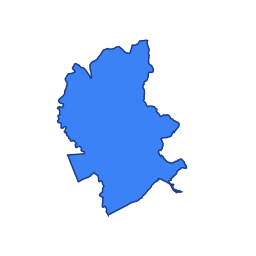 Vulcan, Brasov, Romania (orthographic projection), rotated 134°
{"feature_id": "2599482B91896780036190", "entity_name": "Vulcan", "entity_type": "district", "adm_level": 2, "iso_a3": "ROU", "parent_name": "Romania", "parent_adm1": "Brasov", "projection": "orthographic", "projection_center": [25.394, 45.633], "detail": "fine", "context": "isolated", "style": "filled", "palette": "blue", "viewbox_px": 256, "rotation_deg": 134, "n_neighbors": 0, "source": "geoboundaries", "source_scale": "gbopen_adm2", "svg_char_len": 5799}
<svg xmlns="http://www.w3.org/2000/svg" viewBox="0 0 256 256"><g transform="rotate(134 128 128)"><path d="M118.7,210.8L123.4,209.7L124.0,208.1L123.6,207.5L124.3,205.0L127.5,206.2L130.5,208.5L133.0,208.2L135.3,207.5L136.1,207.4L137.1,206.0L137.1,205.5L137.6,204.4L137.5,203.6L137.9,203.1L139.2,201.8L141.2,201.0L142.2,200.0L143.3,199.8L144.0,199.5L145.2,199.3L145.9,198.8L146.9,197.6L148.1,197.2L150.9,197.0L154.2,197.4L155.4,197.4L156.0,197.2L156.9,196.5L157.2,195.1L157.2,194.4L156.9,193.7L156.2,192.8L155.8,191.7L155.9,191.0L156.1,190.7L156.3,190.5L156.6,190.5L156.9,189.8L158.7,189.5L159.2,189.8L159.8,191.4L160.7,192.4L161.5,192.8L162.3,192.6L162.9,192.2L162.8,191.7L162.3,191.2L162.1,190.7L162.8,189.9L163.3,188.8L164.8,187.5L165.4,186.5L166.0,186.2L167.5,187.0L167.7,186.9L168.6,185.8L169.2,184.4L169.5,184.0L170.0,183.7L171.6,183.6L172.1,183.3L172.5,182.8L172.5,182.1L172.4,181.7L171.5,180.6L171.1,179.9L171.1,179.6L172.8,177.6L173.8,176.8L174.4,176.1L174.4,175.8L173.4,174.9L173.0,174.7L171.4,174.8L170.6,174.0L170.5,173.2L170.7,172.7L171.1,172.4L171.6,172.4L173.3,171.6L174.6,171.4L175.1,171.0L175.2,170.5L175.1,169.9L174.9,169.6L174.4,169.5L174.0,169.2L173.9,168.8L175.7,167.4L175.9,166.4L175.5,165.3L175.7,164.7L176.4,163.8L176.5,163.1L176.1,162.1L177.0,161.0L177.0,159.9L176.7,159.4L176.1,159.0L175.1,159.0L174.7,158.5L174.9,157.3L174.7,155.5L174.8,154.8L175.0,154.3L175.4,154.2L176.4,154.5L176.7,154.3L177.2,153.3L177.9,152.9L178.1,152.3L178.1,151.7L177.3,151.2L175.5,150.9L174.6,149.1L174.5,148.5L174.6,148.0L174.8,147.6L176.3,146.6L176.7,145.9L176.7,145.2L176.5,144.7L175.7,143.3L175.6,142.9L176.1,142.1L176.4,141.8L176.8,141.7L178.0,142.5L189.4,152.7L201.2,126.4L195.5,124.5L189.9,121.9L183.7,121.6L183.8,119.5L183.3,117.5L183.4,116.0L185.0,113.9L186.4,112.5L186.6,111.4L186.3,111.2L185.6,111.2L184.9,110.9L184.6,109.3L184.8,108.7L185.5,108.2L185.9,107.3L186.3,105.7L186.6,105.0L189.1,104.3L191.9,101.8L194.3,102.3L195.6,102.3L196.1,101.8L196.3,100.6L195.3,97.6L196.1,97.3L198.2,95.1L201.6,92.7L202.5,91.3L202.3,90.9L201.9,90.7L200.5,90.3L200.3,89.8L201.2,86.9L201.9,86.3L203.0,85.8L203.6,84.9L203.9,83.3L204.4,81.6L203.9,81.9L201.1,80.6L200.8,80.7L183.1,74.7L179.7,73.9L173.3,70.3L171.0,70.4L168.9,69.5L166.6,70.2L163.5,69.9L157.8,70.5L156.4,70.3L153.9,70.5L153.5,71.1L148.6,71.0L146.1,70.3L145.8,70.5L145.5,70.2L144.0,70.0L143.4,71.1L143.1,70.8L142.7,70.2L142.3,69.4L141.7,68.7L141.4,66.6L140.9,65.4L140.0,62.7L139.8,61.9L139.8,61.2L139.3,60.2L139.4,57.7L139.6,57.1L139.5,56.6L139.8,56.4L140.2,55.2L140.5,55.0L140.4,54.1L141.0,53.0L141.1,52.2L141.2,51.2L140.7,49.7L140.7,49.4L140.9,49.0L140.9,48.4L140.8,48.2L140.2,48.5L139.9,48.4L139.5,47.5L138.9,47.1L137.6,45.6L136.8,45.2L137.1,45.9L137.0,46.8L137.6,47.2L139.1,49.4L139.0,50.6L139.1,50.9L139.8,51.1L140.1,51.3L140.1,51.7L140.3,51.9L140.0,52.5L139.7,54.0L139.0,55.3L138.6,55.5L137.4,55.7L136.9,55.9L137.2,56.6L137.8,56.6L137.9,57.2L138.5,57.5L138.5,58.7L138.6,59.1L138.6,60.5L138.3,61.2L137.6,61.8L135.6,60.7L134.9,61.6L134.9,61.9L131.3,61.6L127.6,61.4L126.8,61.6L125.4,62.4L124.6,62.3L123.1,62.5L122.1,62.1L120.1,61.8L119.6,62.0L118.2,60.6L117.7,59.4L116.2,58.2L114.9,59.7L114.3,62.6L113.8,63.2L113.4,64.3L113.4,64.9L113.4,66.1L113.2,67.7L113.3,68.1L113.7,68.5L114.6,69.0L115.0,68.8L115.4,69.0L115.9,69.5L116.4,69.8L117.3,69.3L117.5,69.7L118.4,70.1L119.1,70.7L120.8,71.1L123.4,72.2L123.4,72.9L124.4,74.7L124.7,75.9L125.0,76.5L125.0,77.9L125.1,78.5L125.0,78.9L124.8,80.5L125.0,80.7L125.0,81.5L124.4,82.4L124.2,82.9L124.6,84.3L124.5,85.0L125.8,85.0L124.5,88.5L124.5,88.9L122.8,90.1L121.7,89.6L121.4,88.8L119.4,89.0L117.9,90.0L116.3,90.6L115.1,91.8L114.7,92.2L114.0,94.1L113.6,94.5L113.6,95.4L113.3,95.9L113.1,96.6L112.9,96.8L112.0,96.4L111.6,96.4L109.9,95.3L108.7,93.9L107.5,93.2L107.0,93.2L105.3,91.9L103.7,91.4L102.9,91.6L102.2,92.1L101.5,92.3L100.3,92.3L98.8,92.8L98.5,92.6L98.9,92.1L98.9,91.7L98.1,92.0L96.5,92.2L95.7,92.1L93.8,92.4L92.8,92.4L91.2,92.7L90.6,93.1L89.2,94.6L89.3,94.8L89.3,95.5L89.8,96.9L90.4,99.4L90.9,100.2L90.9,100.9L90.6,102.0L91.1,102.7L91.2,103.1L91.5,104.2L90.7,105.8L90.6,107.6L90.7,108.1L91.7,109.4L92.8,109.8L93.1,110.0L93.5,111.2L93.9,111.6L94.4,111.8L95.6,111.8L96.1,112.0L97.1,112.8L97.0,113.4L96.5,115.0L96.3,116.5L96.6,118.0L96.4,119.3L95.3,119.4L94.7,119.9L94.4,120.5L94.8,122.0L94.7,122.8L94.4,123.8L95.0,124.8L95.3,125.0L95.6,126.1L97.9,128.2L98.8,128.9L99.0,130.2L98.2,131.7L97.7,133.3L97.5,136.1L97.2,136.3L96.3,136.3L95.5,136.7L94.7,137.8L91.2,140.7L90.2,141.7L89.1,143.2L88.7,144.7L87.9,146.1L87.3,146.6L86.2,146.9L85.3,146.8L84.6,147.7L83.9,148.1L82.7,148.2L81.1,147.5L79.9,147.8L76.4,149.5L75.3,150.6L73.6,151.7L73.4,151.6L72.3,150.5L71.6,149.5L71.2,149.3L70.1,149.2L69.6,149.3L68.7,150.0L68.3,150.2L68.0,150.7L67.4,152.8L66.7,154.2L67.1,156.0L67.1,156.5L67.3,156.8L67.3,157.3L67.0,157.8L67.1,158.1L66.7,158.5L66.5,158.9L65.8,159.2L65.4,159.8L64.7,160.5L62.9,161.7L62.3,162.5L61.0,163.2L60.6,164.4L60.1,165.1L59.2,165.8L58.7,165.9L57.5,166.9L57.3,166.9L56.8,167.4L56.9,167.5L56.0,168.8L54.7,171.7L52.7,174.1L51.9,174.6L51.6,174.7L51.7,174.8L52.0,175.7L52.3,176.0L52.8,176.3L54.3,177.4L56.7,179.6L57.4,180.1L60.0,179.4L60.3,179.2L60.6,179.3L62.0,180.0L63.2,180.1L63.4,180.4L64.7,181.8L65.7,182.5L66.3,181.9L66.9,181.7L67.9,181.0L71.1,179.4L72.8,178.8L73.2,178.9L74.5,180.1L74.5,180.6L75.3,181.9L75.6,183.8L75.3,186.2L75.7,191.1L78.8,193.0L80.4,193.1L82.9,194.8L83.9,195.9L85.1,197.9L89.0,199.8L89.6,199.8L90.9,199.4L92.2,199.4L93.6,198.7L97.8,198.5L99.8,198.0L103.1,198.7L104.5,199.4L105.3,199.6L107.6,199.5L109.2,199.1L112.0,196.1L113.4,193.5L116.6,189.8L117.7,189.1L118.1,189.3L117.2,191.8L116.2,196.3L116.4,196.4L115.8,198.0L115.6,200.4L115.8,201.9L116.2,202.4L117.2,204.4L116.7,206.8L117.2,207.4L117.6,209.5L118.7,210.8Z" fill="#3b82f6" stroke="#1e3a8a" stroke-width="1.5"/></g></svg>